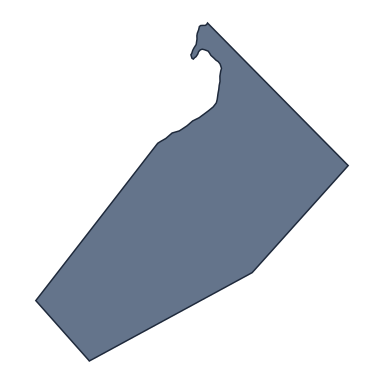 Bani Swayf City, Al Bahr al Ahmar, Egypt (Natural Earth projection)
{"feature_id": "37247803B55078919918818", "entity_name": "Bani Swayf City", "entity_type": "district", "adm_level": 2, "iso_a3": "EGY", "parent_name": "Egypt", "parent_adm1": "Al Bahr al Ahmar", "projection": "natural_earth1", "projection_center": [31.142, 28.985], "detail": "fine", "context": "isolated", "style": "filled", "palette": "slate", "viewbox_px": 384, "rotation_deg": 0, "n_neighbors": 0, "source": "geoboundaries", "source_scale": "gbopen_adm2", "svg_char_len": 808}
<svg xmlns="http://www.w3.org/2000/svg" viewBox="0 0 384 384"><path d="M157.8,143.2L156.9,144.3L93.5,226.2L35.8,300.6L88.8,360.3L89.3,361.0L252.2,272.6L348.2,165.6L293.8,110.5L207.5,23.0L206.7,24.4L205.3,25.4L203.0,25.4L200.8,25.5L199.4,26.5L198.6,29.9L197.3,33.3L196.9,35.7L197.0,39.1L196.6,41.6L196.2,44.5L194.0,47.9L192.7,50.4L191.8,53.3L190.9,54.8L191.9,58.2L193.3,59.1L194.6,57.7L196.0,56.7L197.7,54.2L198.6,51.7L200.4,49.8L202.2,49.2L204.4,49.7L208.1,51.1L209.5,53.0L210.9,55.4L213.6,57.8L216.0,60.2L218.2,61.6L220.1,64.0L221.5,68.3L220.7,71.2L219.9,76.1L220.0,81.5L219.2,85.4L218.8,89.3L218.0,93.7L217.2,99.5L216.3,102.9L213.2,106.9L208.3,110.9L199.0,117.8L192.7,120.9L186.9,125.9L179.3,130.9L172.1,133.0L165.9,138.4L160.5,141.5L157.8,143.2Z" fill="#64748b" stroke="#1e293b" stroke-width="1.5"/></svg>